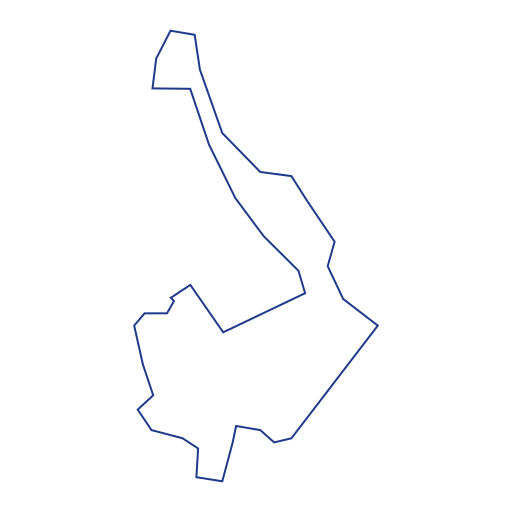 an SVG outline of Plaines Wilhems
{"feature_id": "MUS-5188", "entity_name": "Plaines Wilhems", "entity_type": "District", "adm_level": 1, "iso_a3": "MUS", "parent_name": "Mauritius", "parent_adm1": "", "projection": "natural_earth1", "projection_center": [57.506, -20.307], "detail": "fine", "context": "isolated", "style": "outline", "palette": "blue", "viewbox_px": 512, "rotation_deg": 0, "n_neighbors": 0, "source": "natural_earth", "source_scale": "10m", "svg_char_len": 601}
<svg xmlns="http://www.w3.org/2000/svg" viewBox="0 0 512 512"><path d="M377.8,325.6L291.4,438.3L274.1,442.4L260.3,430.1L236.1,426.0L232.7,442.4L222.3,481.3L196.4,477.2L198.1,448.5L182.6,438.3L151.5,430.1L137.7,409.6L153.2,395.3L142.9,364.5L134.2,325.6L144.6,313.3L167.0,313.3L174.0,301.0L170.8,297.8L190.3,284.9L223.2,332.3L305.1,293.2L298.5,270.8L263.7,236.2L235.4,198.2L209.0,144.6L190.2,88.8L152.5,88.4L156.2,58.6L170.5,30.7L194.7,34.8L199.9,69.6L222.3,133.1L260.3,172.0L291.4,176.1L307.0,200.7L334.6,241.7L327.7,266.2L343.2,299.0L377.8,325.6Z" fill="none" stroke="#1e3a8a" stroke-width="2"/></svg>